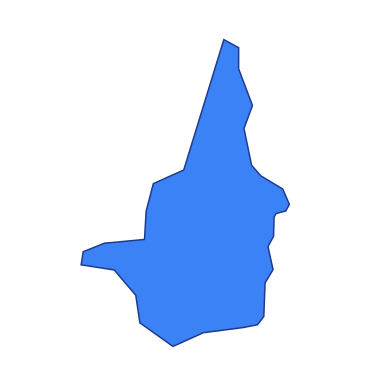 the Metropolitan Borough of Barnsley, rotated 99°
{"feature_id": "GBR-5688", "entity_name": "Barnsley", "entity_type": "Metropolitan Borough", "adm_level": 1, "iso_a3": "GBR", "parent_name": "United Kingdom", "parent_adm1": "", "projection": "orthographic", "projection_center": [-1.511, 53.509], "detail": "fine", "context": "isolated", "style": "filled", "palette": "blue", "viewbox_px": 384, "rotation_deg": 99, "n_neighbors": 0, "source": "natural_earth", "source_scale": "10m", "svg_char_len": 547}
<svg xmlns="http://www.w3.org/2000/svg" viewBox="0 0 384 384"><g transform="rotate(99 192 192)"><path d="M218.0,234.3L189.8,231.5L171.5,203.6L36.5,184.4L42.2,168.5L63.1,165.2L97.1,145.8L121.1,150.6L156.3,137.3L165.3,126.5L174.9,102.8L189.0,93.9L196.1,96.4L200.1,105.6L204.0,107.0L222.9,104.5L234.0,108.4L256.0,99.8L270.3,105.6L303.8,101.6L312.9,106.6L317.7,119.7L329.2,158.8L347.5,186.7L329.4,223.0L302.8,231.4L281.2,256.6L281.3,290.1L268.0,290.1L256.3,270.6L246.3,231.5L218.0,234.3Z" fill="#3b82f6" stroke="#1e3a8a" stroke-width="1.5"/></g></svg>